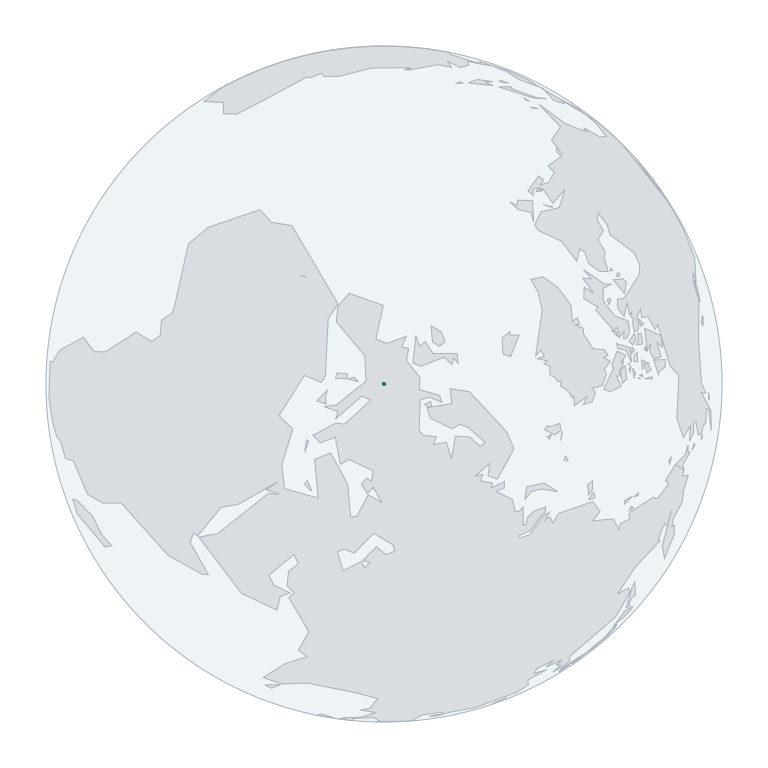 Zürich on an orthographic globe, rotated 102°
{"feature_id": "CHE-176", "entity_name": "Zürich", "entity_type": "Canton", "adm_level": 1, "iso_a3": "CHE", "parent_name": "Switzerland", "parent_adm1": "", "projection": "orthographic", "projection_center": [8.664, 47.43], "detail": "fine", "context": "on_globe", "style": "filled", "palette": "teal", "viewbox_px": 768, "rotation_deg": 102, "n_neighbors": 0, "source": "natural_earth", "source_scale": "10m", "svg_char_len": 11245}
<svg xmlns="http://www.w3.org/2000/svg" viewBox="0 0 768 768"><g transform="rotate(102 384 384)"><circle cx="384" cy="384" r="338" fill="#eef3f6" stroke="#a8b0b8"/><path d="M95.9,207.4L100.9,199.7L144.3,147.0L111.2,184.6L126.3,165.4L135.2,155.4L134.6,156.2L154.7,136.8L168.7,124.5L195.7,106.5L220.2,99.7L211.0,104.8L218.0,103.3L229.9,97.1L236.0,93.5L276.0,85.3L316.5,73.9L325.8,67.5L326.6,71.7L341.8,58.8L361.6,54.2L341.3,61.3L340.9,63.7L355.4,61.1L358.1,63.0L366.6,63.2L368.6,66.0L356.6,70.8L357.6,73.0L367.8,71.1L376.2,73.3L361.0,75.6L374.1,80.0L356.5,90.5L314.5,97.2L306.7,107.9L268.8,128.7L274.2,130.2L263.3,140.0L265.6,145.6L257.9,148.6L266.3,150.6L272.9,146.9L278.8,146.8L280.8,150.0L271.3,154.0L268.9,153.0L267.2,155.9L261.6,156.7L265.5,158.1L253.8,163.2L268.1,163.1L261.1,171.2L252.6,173.3L250.0,166.6L223.8,157.2L214.4,158.5L203.7,166.4L190.9,194.1L182.0,198.7L172.4,209.7L178.8,209.7L188.6,201.3L198.3,204.8L209.2,194.8L214.7,195.0L227.3,188.1L229.0,196.4L223.9,208.5L213.6,214.9L211.0,220.7L223.9,220.9L207.5,239.9L201.7,265.0L197.1,269.6L182.7,266.1L175.1,249.3L156.4,247.5L172.2,256.4L160.3,268.8L159.9,274.4L162.7,278.6L168.6,277.1L165.3,283.3L148.5,276.1L151.2,270.4L156.6,272.5L152.9,265.0L141.5,261.5L136.4,268.8L124.6,258.0L120.8,263.3L116.1,264.4L122.9,256.4L110.4,270.9L95.7,264.8L78.3,290.4L91.4,261.0L93.7,249.4L94.9,238.2L91.8,242.1L97.5,223.9L95.6,217.8L84.6,231.3L74.4,251.0L69.2,268.9L72.4,266.0L71.3,277.0L61.8,289.8L58.2,315.1L52.7,329.4L50.3,344.5L51.0,353.4L50.9,369.0L54.5,367.4L58.6,375.2L55.0,389.1L60.2,383.9L60.5,397.7L70.9,422.9L69.2,424.1L77.4,461.6L92.2,491.4L95.6,506.5L93.2,509.9L99.7,519.4L99.9,523.5L130.7,559.7L150.8,584.3L153.0,597.2L141.9,599.9L145.3,619.0L128.9,605.4L131.1,608.1L115.8,589.6L102.0,570.1L89.5,549.7L78.5,528.5L69.1,506.5L61.2,483.9L54.9,460.8L50.3,437.3L47.4,413.6L46.1,389.7L47.8,386.9L50.1,364.5L50.3,356.1L48.8,357.2L52.1,326.1L57.0,305.5L82.7,230.9L95.9,207.4ZM73.2,297.2L69.5,333.8L66.8,321.0L68.2,321.6L70.1,310.4L72.1,294.2L71.1,284.1L73.2,297.2ZM82.4,295.4L82.6,290.1L83.0,294.3L82.4,295.4ZM238.3,91.8L229.8,96.9L218.1,102.1L224.8,97.5L238.3,91.8ZM261.0,83.9L257.8,86.4L250.4,86.8L254.5,85.2L261.0,83.9ZM331.9,63.1L324.5,65.0L330.7,62.5L331.9,63.1ZM367.5,62.7L368.7,61.7L372.6,62.3L367.5,62.7ZM225.5,184.1L226.3,186.1L223.5,186.3L225.5,184.1ZM230.1,179.4L226.3,178.3L227.9,176.0L230.2,176.7L230.1,179.4ZM379.2,67.3L385.0,69.0L377.0,68.1L379.2,67.3ZM234.4,181.4L231.3,172.0L234.2,168.0L245.6,167.5L234.4,181.4ZM387.1,70.5L401.5,75.0L405.5,72.8L402.3,82.3L391.1,74.9L380.6,73.9L386.9,72.7L387.1,70.5ZM274.2,144.4L267.2,148.5L271.2,142.3L274.2,144.4ZM275.3,140.6L279.1,123.0L290.3,119.1L286.8,125.5L299.8,118.6L303.4,125.2L297.1,130.5L289.1,131.6L296.5,133.4L275.3,140.6ZM398.2,87.2L399.9,89.3L395.8,88.1L398.2,87.2ZM281.5,146.2L281.3,142.8L291.0,139.1L293.2,145.3L289.3,144.5L281.5,146.2ZM301.5,113.8L309.1,112.4L314.1,117.3L317.7,117.5L304.5,125.1L301.5,113.8ZM288.1,146.9L294.1,148.6L291.2,153.4L282.4,149.4L288.1,146.9ZM292.5,135.6L297.2,134.2L295.3,137.0L292.5,135.6ZM284.6,172.1L284.1,167.6L289.1,165.2L284.6,172.1ZM296.5,148.9L297.4,147.3L299.3,146.0L302.6,148.1L296.5,148.9ZM308.9,128.2L309.4,130.7L314.6,125.3L318.6,129.1L309.0,133.7L314.8,133.3L316.0,134.5L306.8,137.0L308.9,128.2ZM311.6,146.4L300.8,154.1L300.6,162.7L296.1,165.0L297.3,150.8L311.6,146.4ZM309.6,140.6L309.8,144.6L304.2,145.2L300.5,142.8L309.6,140.6ZM324.7,130.3L321.1,123.2L323.3,122.5L324.7,130.3ZM312.7,148.7L315.2,146.9L313.3,149.3L312.7,148.7ZM322.2,135.7L320.7,133.2L323.2,132.4L322.2,135.7ZM321.7,145.4L318.2,147.8L315.6,146.1L321.7,145.4ZM322.9,140.9L326.8,140.5L316.8,144.1L321.7,139.8L322.9,140.9ZM324.9,135.4L325.9,134.2L325.2,136.6L324.9,135.4ZM333.6,150.8L321.7,155.8L315.9,151.9L328.3,147.5L333.6,150.8ZM721.1,360.8L721.1,361.2L719.7,352.1L718.8,354.4L715.2,338.2L707.2,323.7L707.8,339.5L704.1,330.4L693.1,324.5L691.9,347.1L692.5,396.7L698.7,421.8L696.2,441.1L678.1,422.6L666.8,402.5L662.3,412.4L642.0,405.9L612.8,432.6L606.9,428.4L601.8,436.7L587.2,438.4L577.4,430.5L569.4,436.6L595.0,456.8L603.4,450.2L607.9,432.4L613.6,441.4L627.4,441.7L618.5,479.6L572.3,533.3L564.9,515.6L514.6,473.9L514.5,466.4L514.1,465.7L513.3,464.4L511.7,477.3L502.1,467.8L532.1,501.7L538.4,517.7L571.7,534.9L569.3,539.4L579.1,540.7L607.1,516.0L607.9,522.5L596.4,559.8L555.1,616.3L559.0,634.5L553.3,651.4L524.0,671.6L523.0,680.2L507.4,688.2L504.1,692.9L489.5,700.5L466.5,709.0L431.2,715.3L431.8,712.9L418.3,708.2L400.8,687.7L412.6,674.2L410.6,663.3L384.8,637.2L390.7,620.2L383.0,613.0L367.7,614.9L358.6,605.7L349.0,605.1L287.5,604.4L267.2,588.3L239.3,541.7L249.2,527.6L248.3,507.0L314.9,445.8L332.1,452.1L388.0,443.1L395.5,445.6L392.2,463.6L436.8,480.2L447.3,463.8L484.4,467.1L507.0,459.6L509.2,424.6L472.2,436.3L462.5,421.9L489.5,398.7L521.4,388.8L518.6,383.0L495.7,376.4L500.2,361.7L487.5,373.0L494.7,377.6L486.9,385.1L479.8,381.5L481.7,376.2L471.3,376.4L465.1,402.6L471.7,410.0L446.2,420.6L454.9,434.3L449.0,442.8L432.1,422.9L431.6,414.3L402.4,393.5L400.6,403.3L428.0,423.9L420.7,423.2L418.5,437.8L414.4,426.1L384.9,402.1L360.1,408.8L333.2,443.5L317.6,445.3L302.4,436.7L307.4,401.0L341.6,401.3L343.8,389.8L332.8,372.2L344.2,374.2L343.9,367.4L356.4,366.8L370.0,350.3L382.1,348.1L383.6,327.2L390.0,323.5L387.3,336.7L391.9,345.2L421.5,340.2L426.1,334.9L424.7,322.0L433.0,322.8L427.9,311.0L443.0,302.5L420.2,303.4L418.0,289.4L424.9,276.9L420.1,272.8L408.7,293.3L407.8,301.5L413.6,308.1L407.7,331.9L398.3,337.0L389.1,313.5L374.8,318.4L373.8,298.9L405.3,253.9L420.4,243.3L453.4,253.4L452.1,263.1L439.6,264.0L454.7,275.3L451.8,268.5L458.7,269.5L458.3,257.3L463.2,257.5L454.4,245.9L460.4,244.8L465.8,252.1L470.3,234.2L481.6,229.2L480.2,225.2L475.6,222.3L493.0,218.5L491.3,215.8L484.9,215.9L477.2,210.7L470.4,200.2L476.8,199.5L480.1,203.1L496.7,210.1L504.5,220.6L506.4,219.3L501.2,210.1L481.0,201.4L475.1,195.5L485.0,198.2L480.9,196.7L480.0,193.5L485.1,189.9L474.4,186.5L455.6,155.4L463.6,146.1L474.5,151.4L468.2,131.3L477.7,124.0L471.8,123.9L464.7,115.2L461.6,117.3L458.3,116.6L438.8,97.2L439.2,92.6L424.2,85.6L421.1,85.7L420.0,88.6L402.3,82.3L405.5,72.8L412.3,72.8L409.7,67.5L425.5,68.7L437.3,67.7L456.0,73.2L463.8,72.6L461.8,70.6L470.9,68.9L496.3,73.4L484.2,78.1L447.8,76.5L463.4,77.4L462.4,80.0L469.5,82.3L480.3,83.1L480.0,81.5L510.0,99.8L540.9,112.0L532.7,102.6L536.0,99.9L564.0,109.2L611.5,145.4L616.5,145.1L622.4,149.5L630.6,159.0L622.2,152.7L622.9,156.9L616.9,152.3L627.2,166.7L619.0,160.8L631.0,175.5L635.7,176.6L629.6,165.6L643.6,181.7L648.2,180.3L658.0,190.1L681.6,227.5L691.6,251.9L694.2,256.9L693.3,259.8L699.5,277.3L707.0,286.1L709.4,293.2L716.0,322.0L714.8,317.2L712.6,324.9L717.5,344.9L719.4,343.4L719.9,346.7L721.1,360.8ZM295.8,481.8L294.9,488.3L295.8,481.8ZM558.0,394.5L575.2,385.3L562.3,369.2L567.8,364.6L561.4,361.1L561.3,368.1L544.8,357.5L550.4,346.8L545.6,338.9L539.6,341.6L532.2,363.0L555.6,378.0L553.9,388.8L558.0,394.5ZM71.4,423.6L72.2,429.3L70.2,425.3L71.4,423.6ZM63.9,324.5L64.3,330.1L63.7,335.0L62.9,331.6L63.9,324.5ZM73.4,369.4L75.1,376.6L72.3,371.4L73.4,369.4ZM69.5,339.3L72.0,364.2L66.7,355.8L65.6,340.3L67.8,347.7L69.5,339.3ZM77.1,300.5L76.8,304.8L75.2,306.2L77.1,300.5ZM82.7,298.5L82.4,297.4L83.6,293.8L82.7,298.5ZM161.3,269.2L162.6,270.0L164.3,275.1L161.2,274.4L161.3,269.2ZM185.5,289.0L179.7,298.6L181.7,291.0L176.3,291.5L173.8,276.7L194.6,271.2L185.6,276.1L185.5,289.0ZM176.3,256.2L175.5,265.7L175.5,255.6L176.3,256.2ZM330.0,333.0L335.5,337.6L332.6,345.4L317.2,350.1L321.3,338.6L330.0,333.0ZM344.0,342.4L339.1,318.9L348.4,315.7L344.0,321.3L350.7,321.6L345.4,330.9L359.1,351.6L357.5,360.0L330.0,362.9L339.9,357.0L333.9,352.6L344.0,342.4ZM310.0,270.5L308.0,262.0L330.9,265.8L330.1,273.5L314.8,278.1L306.7,271.8L310.0,270.5ZM255.1,183.1L252.9,180.8L255.5,179.4L259.5,180.3L255.1,183.1ZM284.0,170.2L267.7,192.3L264.3,190.6L258.8,206.4L247.7,208.3L251.6,197.8L239.0,211.6L238.1,202.9L230.5,212.9L240.4,189.4L239.1,182.7L244.8,189.3L255.0,187.6L259.0,184.9L269.4,172.5L271.6,158.0L282.1,154.6L289.0,156.1L290.0,159.0L282.9,160.2L289.5,163.3L279.9,167.3L284.0,170.2ZM362.9,184.7L354.2,183.2L365.8,193.2L356.3,196.0L358.2,197.0L352.7,202.5L349.3,211.1L344.5,211.3L345.3,214.6L341.6,218.6L341.0,223.4L332.2,225.5L330.8,231.7L327.5,229.2L327.4,239.4L323.5,232.8L318.4,237.8L324.8,241.5L278.9,244.6L262.7,252.0L251.2,262.1L246.1,250.5L253.6,234.0L267.7,217.6L284.0,212.6L278.8,208.6L285.1,205.2L286.6,209.7L288.0,200.7L293.6,199.2L306.1,186.7L304.6,175.4L309.2,170.9L312.5,174.6L314.7,167.6L324.1,171.6L327.6,168.6L340.3,170.0L344.8,179.4L348.3,175.4L358.1,176.7L362.9,184.7ZM337.1,151.4L344.6,161.3L343.1,167.9L321.6,162.9L317.1,165.1L303.3,162.8L305.8,153.5L309.5,154.9L313.7,154.2L311.2,157.4L316.3,154.3L321.7,156.3L327.1,154.6L328.0,158.2L337.1,151.4ZM402.1,438.2L407.6,438.4L415.7,436.6L414.4,446.1L402.1,438.2ZM381.8,422.1L386.4,420.6L388.6,432.5L382.9,432.5L381.8,422.1ZM387.1,410.0L386.5,419.6L383.5,414.5L387.1,410.0ZM391.4,334.8L396.2,332.7L397.4,335.6L395.6,340.4L391.4,334.8ZM395.3,217.6L390.6,215.1L391.5,213.2L385.9,203.8L392.5,201.4L398.4,206.1L395.3,217.6ZM504.0,432.5L498.6,441.0L494.6,439.1L497.3,436.6L504.0,432.5ZM455.2,445.8L467.2,447.3L454.7,448.3L455.2,445.8ZM401.6,213.4L398.5,209.7L403.7,210.8L401.6,213.4ZM397.0,199.2L402.7,199.5L392.6,200.0L397.0,199.2ZM601.4,623.0L574.5,657.2L561.3,664.5L561.8,659.7L573.7,641.7L590.0,628.7L598.8,616.7L601.4,623.0ZM721.9,380.8L719.8,376.7L720.4,368.2L721.3,364.1L721.9,380.8ZM699.7,422.9L705.0,430.6L703.1,438.0L699.7,422.9ZM697.5,263.1L699.6,270.5L698.0,267.6L694.3,256.4L697.5,263.1ZM665.6,199.0L671.8,207.6L674.4,211.7L672.3,209.2L665.6,199.0ZM453.3,192.0L453.8,207.3L458.5,217.8L468.0,222.3L454.9,223.0L447.6,206.8L453.3,192.0ZM454.7,159.8L446.4,156.6L449.7,154.1L452.1,154.5L454.7,159.8ZM449.9,160.6L440.2,164.1L435.3,159.9L443.9,157.9L449.9,160.6ZM421.1,187.9L420.8,192.5L416.6,191.3L421.1,187.9ZM618.8,142.3L615.4,139.9L610.3,134.7L614.1,137.8L618.8,142.3ZM590.7,117.3L607.9,132.6L621.1,146.1L620.4,144.5L629.5,153.1L626.8,152.2L612.4,138.2L603.6,129.2L595.6,123.4L585.1,114.9L577.1,110.8L570.3,106.2L574.9,107.5L590.7,117.3ZM574.0,109.5L556.2,101.3L549.8,94.8L552.2,95.1L563.1,101.4L565.8,104.4L574.0,109.5ZM550.0,97.6L552.5,100.6L531.6,99.2L525.6,97.5L538.1,94.1L541.1,96.9L547.4,98.7L550.0,97.6ZM402.9,88.3L400.1,89.2L400.7,87.3L402.9,88.3ZM456.8,118.0L452.3,116.9L453.1,114.4L456.8,118.0ZM440.3,112.5L442.5,116.1L437.5,112.6L440.3,112.5ZM447.9,124.3L442.1,117.7L451.5,123.7L447.9,124.3Z" fill="#d9dde1" stroke="#a8b0b8" stroke-width="1"/><path d="M383.8,382.8L383.8,382.7L383.7,382.7L383.8,382.6L383.9,382.4L384.1,382.4L384.1,382.5L384.3,382.7L384.5,382.7L384.6,382.8L384.5,383.0L384.5,382.9L384.4,382.9L384.3,383.0L384.6,383.1L384.7,383.3L384.9,383.4L384.9,383.5L384.9,383.8L385.0,383.9L385.0,384.0L384.9,384.1L385.1,384.3L385.2,384.5L385.1,384.8L384.8,385.1L384.7,385.1L384.4,385.2L384.3,385.3L384.1,385.4L384.0,385.5L383.9,385.5L383.8,385.4L383.7,385.3L383.5,385.2L383.4,385.2L383.3,385.3L383.2,385.3L383.0,385.2L382.9,384.9L383.0,384.8L383.1,384.7L382.9,384.5L383.0,384.4L382.9,384.4L382.9,384.2L383.0,384.1L382.9,384.1L382.9,383.9L382.8,383.7L382.8,383.4L383.0,383.1L383.3,382.9L383.5,382.9L383.5,383.0L383.7,382.9L383.7,382.7L383.7,382.8L383.8,382.8Z" fill="#14b8a6" stroke="#0f766e" stroke-width="1.5"/></g></svg>